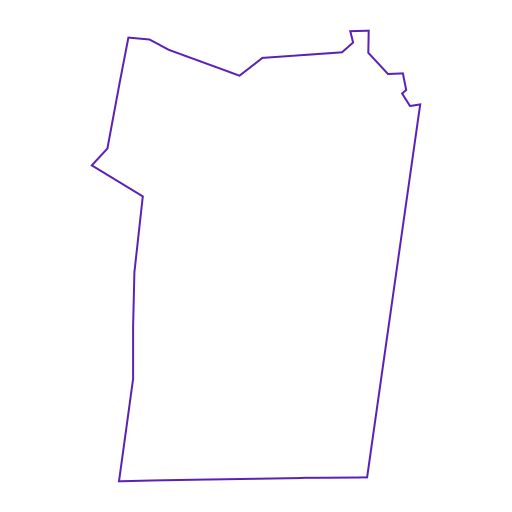 Christian, Kentucky, United States of America (Mercator projection)
{"feature_id": "52423323B93748652939818", "entity_name": "Christian", "entity_type": "district", "adm_level": 2, "iso_a3": "USA", "parent_name": "United States of America", "parent_adm1": "Kentucky", "projection": "mercator", "projection_center": [-87.48, 36.897], "detail": "fine", "context": "isolated", "style": "outline", "palette": "violet", "viewbox_px": 512, "rotation_deg": 0, "n_neighbors": 0, "source": "geoboundaries", "source_scale": "gbopen_adm2", "svg_char_len": 555}
<svg xmlns="http://www.w3.org/2000/svg" viewBox="0 0 512 512"><path d="M367.1,477.4L420.2,104.4L410.0,106.0L402.1,93.5L406.2,90.0L402.9,73.4L388.0,74.0L368.3,52.8L368.7,30.7L350.3,31.2L353.1,42.5L342.0,52.3L262.4,57.9L239.5,75.7L168.7,49.8L149.5,39.5L128.4,37.6L120.1,80.4L107.4,148.5L91.8,165.4L142.8,196.4L134.4,272.2L133.1,327.1L133.1,378.9L126.9,424.0L119.0,481.3L155.7,480.4L208.5,479.5L209.8,479.5L291.3,478.2L297.5,478.1L305.4,477.8L312.8,477.8L332.7,477.7L358.9,477.5L361.5,477.4L367.1,477.4Z" fill="none" stroke="#5b21b6" stroke-width="2"/></svg>